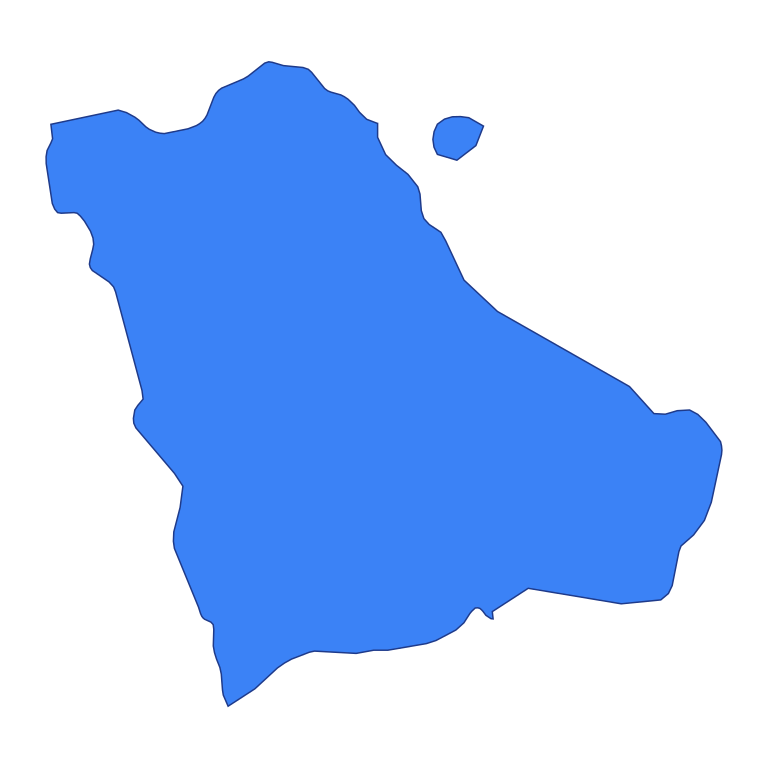 Gegharkunik, Mercator projection
{"feature_id": "ARM-1672", "entity_name": "Gegharkunik", "entity_type": "Province", "adm_level": 1, "iso_a3": "ARM", "parent_name": "Armenia", "parent_adm1": "", "projection": "mercator", "projection_center": [45.283, 40.3], "detail": "fine", "context": "isolated", "style": "filled", "palette": "blue", "viewbox_px": 768, "rotation_deg": 0, "n_neighbors": 0, "source": "natural_earth", "source_scale": "10m", "svg_char_len": 2096}
<svg xmlns="http://www.w3.org/2000/svg" viewBox="0 0 768 768"><path d="M377.6,123.4L377.6,137.3L385.6,154.6L396.5,165.3L408.0,174.4L417.8,186.8L420.0,194.1L421.3,210.6L423.9,218.6L429.2,224.5L440.9,232.3L445.7,240.9L464.0,280.1L497.5,311.5L629.4,386.5L629.9,387.0L653.9,413.6L665.3,414.2L669.1,413.1L677.2,410.7L689.6,410.0L697.8,414.4L705.9,422.3L720.5,441.6L721.5,445.9L721.9,450.2L721.5,454.6L711.3,502.3L704.4,520.4L693.6,534.9L681.0,546.0L678.9,551.6L672.2,585.6L668.4,593.5L660.8,599.9L621.2,603.8L528.2,588.3L492.3,611.6L493.1,618.9L491.0,618.7L485.9,615.3L483.0,611.4L481.6,609.9L479.9,608.4L477.8,607.8L475.2,608.0L471.7,611.3L469.8,613.6L463.9,622.8L455.9,630.0L436.0,640.5L426.4,643.6L387.8,650.2L373.7,650.2L356.2,653.4L314.5,651.1L309.4,652.2L291.5,659.1L284.5,663.0L277.5,667.9L254.9,688.8L228.1,706.2L223.3,695.1L222.5,690.0L221.3,674.1L219.9,667.5L216.5,659.0L214.5,652.6L213.3,646.0L213.8,629.4L213.2,624.6L210.9,622.1L204.7,619.3L203.2,618.1L201.8,616.3L200.6,613.7L198.5,607.1L174.4,548.4L173.4,541.3L173.8,531.9L180.1,507.5L182.9,486.2L174.4,473.3L135.9,427.9L133.8,423.2L133.4,418.4L134.8,410.0L137.9,405.3L143.1,399.1L142.0,390.5L115.6,291.9L113.6,286.9L109.0,281.9L92.3,270.5L90.3,267.6L89.4,264.1L90.3,258.7L92.7,249.5L93.7,244.3L93.0,238.0L90.5,231.2L84.5,221.2L80.4,216.1L77.1,213.2L74.0,212.6L61.2,213.2L57.6,212.6L54.7,209.1L52.3,203.5L46.2,163.6L46.1,156.7L47.1,150.5L50.9,142.9L52.6,138.8L50.9,124.3L118.2,110.1L126.5,112.6L134.9,117.2L138.9,120.2L145.9,126.9L149.3,129.3L155.7,132.2L160.0,133.2L164.3,133.6L188.0,128.8L196.4,125.6L199.7,123.6L202.6,121.3L205.0,118.4L207.0,115.0L213.8,97.3L215.9,93.5L218.6,90.4L221.7,88.1L243.5,78.9L248.2,76.1L264.7,63.1L268.7,61.8L272.2,62.3L283.4,65.6L303.0,67.5L308.3,69.3L311.6,72.3L324.6,88.5L327.7,90.8L330.8,92.1L340.8,94.9L344.3,96.7L348.0,99.2L354.4,105.3L359.5,112.3L366.7,119.3L377.4,123.4L377.6,123.4ZM460.6,116.6L468.8,117.7L483.5,126.1L475.9,145.6L456.9,160.2L437.4,154.4L434.0,147.2L432.9,139.4L434.1,131.6L437.4,124.2L444.5,119.1L452.3,116.8L460.6,116.6Z" fill="#3b82f6" stroke="#1e3a8a" stroke-width="1.5"/></svg>